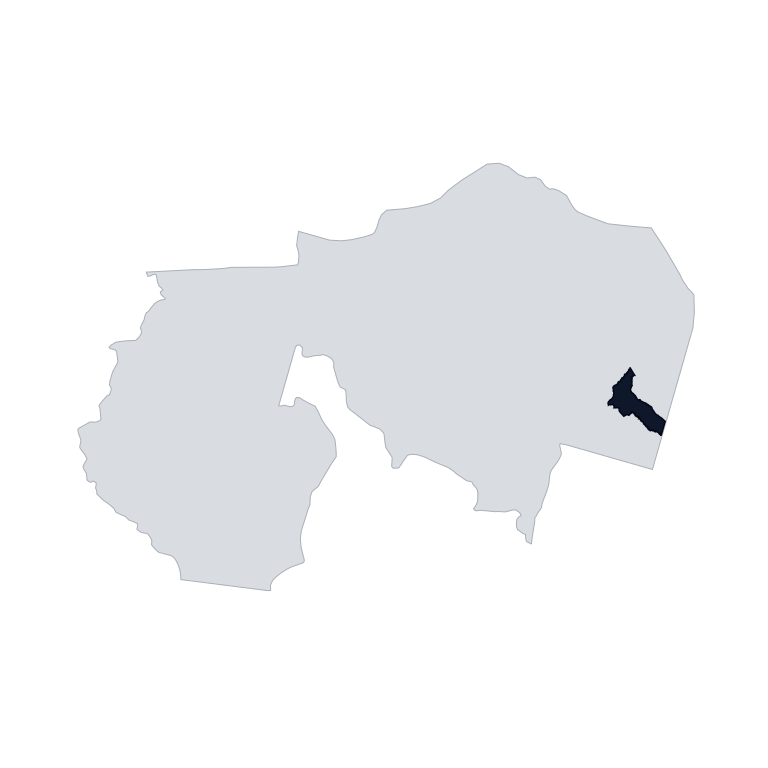 location of Mitete, Western, Zambia, rotated 196°
{"feature_id": "96606910B13624449135340", "entity_name": "Mitete", "entity_type": "district", "adm_level": 2, "iso_a3": "ZMB", "parent_name": "Zambia", "parent_adm1": "Western", "projection": "mercator", "projection_center": [22.406, -14.284], "detail": "fine", "context": "in_parent", "style": "filled", "palette": "ink", "viewbox_px": 768, "rotation_deg": 196, "n_neighbors": 0, "source": "geoboundaries", "source_scale": "gbopen_adm2", "svg_char_len": 9053}
<svg xmlns="http://www.w3.org/2000/svg" viewBox="0 0 768 768"><g transform="rotate(196 384 384)"><path d="M508.2,507.2L476.0,507.3L464.4,509.9L454.7,513.9L443.3,520.2L436.7,524.5L434.9,526.9L434.0,532.3L434.0,540.5L432.8,546.4L429.3,551.8L411.9,558.4L400.6,563.8L389.4,570.2L380.9,578.4L375.2,588.6L365.6,601.2L345.5,623.8L333.9,628.0L324.1,627.1L312.3,622.3L303.0,621.5L296.1,624.4L289.7,623.5L283.8,618.7L278.9,617.0L274.9,618.3L269.8,618.1L260.5,615.5L252.5,607.4L248.1,604.1L244.8,602.8L235.2,601.5L213.1,599.7L190.2,603.7L170.0,607.7L149.5,589.8L129.8,570.9L125.6,566.1L118.2,559.8L112.8,556.7L110.7,555.1L105.4,538.3L102.5,522.9L102.4,375.8L192.3,375.8L198.1,375.2L198.3,373.6L194.2,365.8L194.4,363.0L195.5,357.7L199.4,347.2L199.7,343.7L197.9,332.2L198.0,325.8L199.1,312.8L198.5,308.4L200.6,302.6L201.3,298.8L202.1,297.1L201.1,292.7L199.3,277.3L198.2,270.9L203.6,271.8L205.4,275.0L206.4,278.4L208.9,278.6L215.3,280.7L217.5,283.6L219.0,289.7L218.1,292.9L216.0,295.4L218.1,297.7L222.3,299.2L224.9,298.7L232.1,294.5L238.7,293.0L242.1,291.9L257.0,289.1L259.9,287.6L262.0,287.6L263.5,288.8L262.1,293.2L261.7,297.1L263.5,304.4L264.9,307.8L268.0,310.3L270.2,311.6L272.7,314.2L277.9,313.8L289.3,317.5L292.7,319.2L297.5,320.9L300.9,321.6L312.6,322.9L325.0,325.0L331.4,325.2L336.0,324.6L339.2,323.6L341.1,322.4L342.0,321.4L346.7,307.4L349.1,306.4L352.1,305.6L353.9,306.9L355.9,315.7L364.9,323.6L367.9,330.3L370.2,336.0L372.1,337.6L375.5,339.5L380.9,340.2L385.8,340.4L409.9,350.1L412.6,351.9L415.5,357.1L417.3,363.0L419.2,367.6L422.3,368.5L425.1,368.9L427.9,372.0L429.9,374.8L437.1,386.4L438.1,390.9L441.6,394.0L446.2,395.3L450.6,395.5L453.1,394.1L459.3,391.7L464.1,389.0L467.6,388.1L469.7,388.6L471.2,390.5L472.3,396.2L475.7,398.2L478.2,397.4L479.2,395.2L479.3,394.0L479.2,334.0L477.0,334.4L474.2,336.1L467.8,336.3L465.4,337.6L464.6,339.5L465.1,342.0L465.2,345.4L464.3,347.0L461.5,347.6L457.4,346.3L450.1,344.6L444.0,343.6L439.6,339.1L433.6,332.3L429.8,328.9L420.4,321.8L418.8,320.4L415.9,317.1L413.5,311.5L411.1,305.0L409.9,300.9L412.1,294.6L417.6,273.9L418.9,267.5L423.5,260.9L423.8,255.1L421.9,247.6L422.4,243.5L423.0,219.9L421.8,212.4L418.7,204.2L412.0,192.7L412.0,190.2L422.4,182.8L425.5,180.0L430.9,174.0L434.6,168.8L436.9,164.7L437.7,159.3L436.0,154.2L439.5,153.2L525.3,140.0L526.5,143.5L529.1,149.3L532.1,153.6L535.7,157.4L538.9,159.6L541.0,160.3L554.2,160.1L558.9,162.4L563.1,165.3L564.1,169.8L566.8,172.6L569.7,174.8L571.0,175.1L573.2,174.6L576.7,174.5L580.0,175.5L581.6,176.5L581.7,180.2L582.7,181.9L587.2,182.6L591.7,182.9L596.1,185.4L600.9,185.9L606.4,186.9L609.0,189.7L614.8,192.5L621.9,195.0L629.8,199.2L630.0,200.5L631.3,202.9L632.7,204.7L632.8,207.3L633.5,209.7L635.5,210.3L637.2,210.4L638.7,208.7L640.8,208.8L643.1,209.9L643.9,212.6L645.7,216.4L648.6,218.9L650.6,221.4L649.9,225.9L648.7,230.0L652.6,234.1L657.8,237.9L659.2,239.6L659.6,245.4L660.4,247.3L663.9,252.1L665.6,255.2L665.4,257.1L656.1,266.5L650.3,268.0L647.8,269.9L646.3,271.9L650.0,281.4L652.0,284.9L650.3,289.4L646.6,297.0L644.9,297.7L644.6,303.5L645.7,305.6L647.6,307.2L648.3,311.1L648.2,320.9L645.8,331.9L650.1,341.6L651.5,342.6L657.4,342.7L658.4,343.5L657.0,346.3L652.9,350.5L645.4,353.8L634.7,357.5L632.5,361.0L631.1,366.1L632.3,369.0L633.7,370.8L633.2,375.2L632.3,379.9L632.6,383.6L632.1,386.9L630.7,388.5L628.8,393.4L626.5,398.4L624.7,400.6L622.0,403.0L617.8,405.0L617.9,406.0L622.7,408.3L623.9,409.8L624.4,410.9L622.4,413.4L624.6,415.0L627.3,416.2L629.8,419.5L632.8,425.8L633.3,426.4L634.1,426.5L635.7,425.8L638.7,423.3L640.8,422.4L643.4,426.0L598.6,441.4L588.1,444.5L572.4,450.0L567.3,452.0L563.2,454.0L521.5,466.1L515.0,468.4L500.2,474.6L499.8,475.6L499.9,478.4L501.2,484.2L503.8,489.5L506.0,492.6L507.4,500.4L508.2,507.2Z" fill="#d9dde1" stroke="#a8b0b8" stroke-width="1"/><path d="M152.3,467.8L152.1,467.5L151.7,467.1L151.6,466.9L151.7,466.4L152.6,465.6L152.7,465.4L152.5,463.9L153.2,462.7L153.4,462.2L153.8,461.7L153.6,460.7L153.7,460.4L154.0,460.2L154.9,460.1L155.1,459.9L155.4,459.0L155.2,458.4L155.2,457.8L155.5,457.2L155.7,456.5L156.0,456.0L156.2,455.8L156.7,455.7L156.9,455.5L157.0,454.9L157.1,454.1L157.5,453.4L157.7,451.5L157.8,451.4L158.6,451.3L159.1,450.8L159.4,450.5L159.5,450.0L159.4,449.2L159.5,448.7L160.3,447.4L161.9,446.2L162.9,444.6L162.9,443.5L161.7,441.4L161.7,441.1L161.8,440.7L161.7,440.4L161.6,440.2L161.0,439.9L160.6,438.9L160.4,438.2L160.5,437.5L160.5,437.0L160.0,435.6L160.2,434.7L160.9,432.8L160.9,432.1L161.2,431.8L161.9,431.5L162.1,431.4L162.6,430.1L162.9,429.6L163.3,428.6L163.4,427.5L163.3,427.1L162.5,425.8L162.4,425.5L162.2,425.7L162.0,426.2L161.1,426.4L160.2,426.4L160.1,426.9L158.8,427.3L158.2,427.1L157.8,427.2L157.6,427.1L157.4,426.8L156.8,426.2L156.5,425.7L156.4,425.2L156.4,424.6L156.0,424.8L155.4,424.7L154.9,424.9L153.8,425.3L153.0,425.7L152.7,425.6L151.4,425.6L150.7,423.5L149.9,422.4L144.6,419.1L142.0,421.7L141.0,421.6L140.9,421.5L140.7,421.4L140.2,421.6L139.8,421.5L138.5,425.2L138.6,425.5L138.4,425.5L138.6,425.7L138.5,425.8L138.4,425.8L138.1,425.5L137.8,425.5L137.7,425.4L137.7,424.9L137.5,425.2L137.3,425.3L137.3,425.5L137.2,425.6L136.6,424.9L136.0,424.9L135.7,424.5L135.1,425.2L134.9,425.3L134.8,425.2L135.1,424.6L135.0,424.3L134.9,424.2L134.4,424.2L134.2,424.1L134.2,423.9L134.3,423.8L134.2,423.4L133.8,423.4L133.8,422.9L133.7,422.8L133.1,423.2L132.9,423.3L132.8,423.2L133.0,423.1L132.7,422.9L132.9,422.8L132.8,422.6L132.6,422.4L132.4,422.4L132.3,422.6L132.1,422.5L131.9,422.7L131.7,422.6L131.8,422.3L131.6,422.2L131.3,422.1L131.3,422.3L131.2,422.3L131.3,422.3L130.5,422.0L130.2,422.4L130.1,422.1L129.9,422.0L129.6,421.7L129.3,421.9L129.3,421.7L129.1,421.6L129.2,421.4L128.8,421.4L128.9,421.2L128.7,421.3L128.5,421.0L128.4,421.0L128.5,421.1L128.3,421.2L128.2,421.0L128.1,420.8L128.3,420.7L128.1,420.6L127.8,420.4L127.7,420.3L127.6,420.1L127.0,419.8L126.8,419.6L126.4,419.0L125.7,419.1L125.2,418.9L124.8,419.1L124.6,418.8L124.3,418.8L124.2,418.7L124.1,418.2L123.6,418.1L123.6,417.6L123.5,417.4L123.3,417.4L123.3,417.2L122.9,417.2L122.6,416.9L122.2,417.0L122.2,416.9L121.8,416.5L121.7,416.5L121.7,416.3L121.4,416.2L120.9,415.8L120.7,415.8L120.7,415.7L120.4,415.6L120.3,415.3L120.1,415.2L119.9,415.2L119.9,415.4L119.7,415.4L119.4,415.4L119.2,415.1L118.7,415.2L118.7,414.4L118.4,414.2L118.0,414.0L117.9,413.8L117.6,413.9L117.3,413.6L117.3,413.4L117.0,413.3L117.0,413.1L116.8,413.0L116.3,413.0L115.8,412.7L115.6,412.9L115.4,412.8L115.1,412.6L115.0,412.8L114.4,413.0L114.3,413.4L114.2,413.5L113.7,413.6L113.4,413.3L113.0,413.3L112.9,413.2L112.7,413.4L112.3,413.6L112.2,413.8L112.1,413.7L112.1,413.8L111.9,413.8L111.3,413.7L111.1,413.5L111.1,413.2L110.9,413.0L110.6,412.9L110.6,413.1L110.1,412.8L109.9,413.0L109.6,413.0L109.6,413.3L109.4,413.2L109.2,413.4L109.2,413.6L108.9,413.5L108.7,413.5L108.6,413.4L108.4,413.4L108.2,413.3L107.9,413.2L107.6,413.1L107.2,413.1L106.9,412.9L106.7,412.8L106.5,412.6L106.2,412.6L105.8,412.4L105.8,412.2L105.7,412.2L105.4,411.9L105.1,411.7L104.9,411.8L104.9,411.6L104.7,411.6L104.3,411.6L104.0,411.2L103.9,411.3L103.7,411.1L103.4,411.3L103.4,425.6L104.7,426.2L105.6,426.7L106.1,426.7L106.3,426.8L106.3,427.0L107.6,427.7L108.2,427.9L108.5,428.0L108.7,427.9L109.5,428.3L110.2,428.4L111.6,429.1L112.2,429.5L112.5,429.5L112.6,429.3L112.9,429.3L113.7,429.6L114.9,430.4L115.3,430.6L115.9,431.0L116.2,431.4L116.5,431.5L117.5,432.4L117.9,432.9L118.6,433.2L119.1,433.6L119.3,434.0L119.5,434.3L119.7,434.5L119.8,434.8L120.4,435.5L120.6,435.5L120.9,435.7L121.0,435.8L121.3,435.8L121.6,436.0L122.1,435.9L122.3,436.1L122.5,436.1L122.7,435.9L122.8,436.0L123.1,436.0L123.3,436.3L123.5,436.3L123.7,436.5L124.2,436.6L124.2,436.8L125.0,436.8L125.0,437.0L125.3,437.1L126.0,437.2L126.3,437.2L126.3,437.5L126.9,437.7L127.3,437.7L127.5,437.8L127.8,437.8L128.2,437.9L128.3,437.8L128.6,437.7L129.1,437.6L129.4,437.9L129.6,437.9L130.2,438.1L130.6,438.1L131.4,438.3L131.6,438.4L132.4,438.4L132.7,438.7L133.0,438.4L133.4,438.4L133.6,438.6L133.6,438.8L133.7,439.5L134.2,439.4L134.8,438.9L135.2,438.9L135.5,438.8L135.8,438.8L136.2,439.1L136.5,439.4L136.8,439.6L137.2,439.6L137.2,439.8L137.5,440.1L137.5,440.5L138.0,440.7L138.1,441.0L138.7,441.1L139.2,441.5L139.3,441.7L139.2,441.8L139.4,441.9L139.4,442.1L139.7,442.4L140.1,442.4L140.4,442.6L140.8,442.5L141.1,443.0L141.3,443.1L141.4,443.3L141.7,443.4L141.9,443.5L142.3,443.7L142.8,443.5L143.5,443.9L143.5,444.1L143.9,444.1L144.1,444.2L144.5,445.2L144.7,445.3L145.2,445.9L145.6,446.4L145.6,446.6L145.6,447.5L145.7,447.8L145.4,448.4L145.5,448.7L145.4,448.7L145.3,449.1L145.7,450.0L145.4,450.5L145.0,450.7L145.0,451.0L145.8,451.8L145.8,452.0L145.7,452.4L146.2,453.3L146.1,453.6L146.1,453.9L146.4,454.3L146.3,454.6L146.4,454.8L146.7,454.8L147.1,454.9L147.2,455.0L146.9,455.5L146.9,455.8L146.7,455.9L146.9,456.7L147.1,456.9L147.4,457.0L147.5,457.1L147.1,457.6L147.1,458.0L147.4,458.1L147.4,458.4L147.6,458.6L147.8,458.5L148.0,458.7L147.8,458.8L147.7,459.2L147.4,459.4L147.2,459.4L146.9,459.8L147.1,460.0L146.8,460.2L146.6,460.5L146.3,460.8L146.2,460.9L146.3,461.0L146.2,461.5L145.9,461.7L145.7,461.7L152.3,467.8Z" fill="#0f172a" stroke="#020617" stroke-width="1.5"/></g></svg>